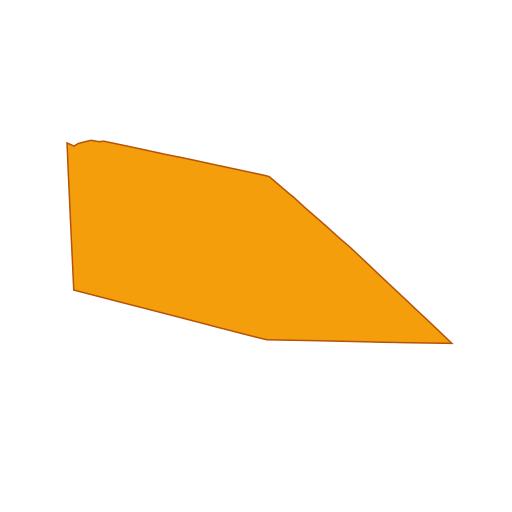 Trindade, Pernambuco, Brazil, rotated 105°
{"feature_id": "56859067B27392438986791", "entity_name": "Trindade", "entity_type": "district", "adm_level": 2, "iso_a3": "BRA", "parent_name": "Brazil", "parent_adm1": "Pernambuco", "projection": "robinson", "projection_center": [-40.306, -7.706], "detail": "fine", "context": "isolated", "style": "filled", "palette": "amber", "viewbox_px": 512, "rotation_deg": 105, "n_neighbors": 0, "source": "geoboundaries", "source_scale": "gbopen_adm2", "svg_char_len": 753}
<svg xmlns="http://www.w3.org/2000/svg" viewBox="0 0 512 512"><g transform="rotate(105 256 256)"><path d="M195.7,467.8L203.0,465.5L219.0,460.5L283.8,439.9L336.1,423.2L335.6,369.5L335.5,362.4L334.9,298.4L334.8,274.0L334.5,245.2L334.4,235.0L334.1,223.8L322.3,176.3L313.4,139.8L309.0,121.7L307.5,115.2L304.0,101.3L301.6,91.4L289.7,44.2L273.8,73.3L269.3,81.8L264.8,90.2L260.9,97.3L258.5,101.8L240.5,135.4L236.6,142.5L230.4,154.0L227.8,158.8L222.6,168.6L217.0,180.4L209.4,195.1L206.1,201.8L203.8,206.5L196.8,220.9L189.3,235.2L187.4,239.7L175.9,263.8L175.9,268.3L178.6,321.8L180.0,350.3L181.2,368.5L183.1,407.6L184.5,432.8L186.2,437.2L186.9,445.1L189.4,449.9L193.4,456.9L196.9,460.2L195.7,467.8Z" fill="#f59e0b" stroke="#b45309" stroke-width="1.5"/></g></svg>